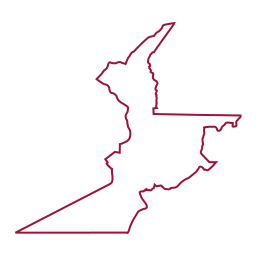 Kisumu East, Nyanza, Kenya (orthographic projection)
{"feature_id": "3690345B94932158837865", "entity_name": "Kisumu East", "entity_type": "district", "adm_level": 2, "iso_a3": "KEN", "parent_name": "Kenya", "parent_adm1": "Nyanza", "projection": "orthographic", "projection_center": [34.812, -0.082], "detail": "fine", "context": "isolated", "style": "outline", "palette": "rose", "viewbox_px": 256, "rotation_deg": 0, "n_neighbors": 0, "source": "geoboundaries", "source_scale": "gbopen_adm2", "svg_char_len": 5527}
<svg xmlns="http://www.w3.org/2000/svg" viewBox="0 0 256 256"><path d="M96.6,79.1L97.5,79.9L98.4,80.5L99.2,81.0L99.9,81.5L100.8,82.0L101.4,82.5L102.3,83.1L103.3,83.7L104.0,84.2L105.0,84.4L106.1,84.6L107.2,85.1L108.0,85.8L108.8,86.8L109.3,87.7L109.3,88.7L109.5,89.9L109.8,91.1L110.3,92.0L111.0,92.7L111.8,93.0L113.0,93.2L114.2,93.8L115.0,94.5L115.8,95.1L116.3,95.8L116.7,96.6L117.0,97.6L117.3,98.5L117.8,99.4L118.4,100.2L119.2,101.0L119.9,101.5L120.4,102.1L121.5,102.8L122.6,103.4L123.8,104.2L125.0,104.9L125.8,105.5L126.7,106.0L127.7,106.9L128.1,108.2L128.0,109.2L127.8,110.0L127.7,110.9L127.6,111.7L127.1,112.6L126.5,113.5L126.1,114.4L125.7,115.3L125.6,116.4L125.7,117.5L126.1,118.9L126.8,119.9L127.3,121.0L127.4,121.7L127.3,122.9L127.5,124.0L127.6,124.7L127.8,125.8L128.2,127.1L128.8,128.2L129.4,129.2L129.8,130.1L130.1,130.9L130.3,132.1L130.3,133.4L130.3,134.7L130.2,136.0L129.8,137.6L129.1,139.1L128.2,140.1L127.3,141.1L125.9,141.7L124.8,142.3L123.3,142.9L122.0,143.5L120.8,143.9L119.9,144.1L119.7,152.8L114.9,151.9L105.3,159.2L107.7,162.5L106.6,163.6L107.8,165.3L110.0,167.4L110.7,167.9L111.3,168.7L112.1,169.0L112.1,170.0L111.9,171.3L112.0,172.7L112.1,174.0L112.3,175.3L112.5,176.6L112.5,177.9L112.5,179.6L112.3,180.6L112.0,181.8L111.4,182.9L110.2,183.9L15.4,232.7L126.6,232.6L127.6,232.9L128.2,232.0L128.6,231.2L128.9,230.4L129.3,229.3L129.6,228.0L130.1,226.7L130.6,225.4L133.2,219.8L138.2,211.6L139.1,211.0L140.4,210.3L141.5,209.8L142.4,209.4L143.6,209.0L144.9,208.7L146.0,208.3L146.8,207.4L146.8,206.1L146.5,205.0L146.0,204.1L145.5,203.3L145.0,202.6L144.4,201.7L143.9,201.1L143.4,200.5L142.9,199.8L142.4,199.1L141.9,198.4L141.4,197.4L140.9,196.1L140.5,195.1L140.1,194.0L139.7,192.3L140.4,191.7L141.4,191.3L142.4,191.4L143.6,191.4L144.4,190.4L145.2,190.4L145.5,189.5L146.2,189.2L146.0,190.1L146.8,190.0L147.6,190.2L148.4,190.2L149.1,189.8L149.9,190.4L150.8,190.4L151.8,189.7L152.3,188.8L153.1,188.5L153.9,187.9L154.0,186.7L154.6,185.5L154.7,184.7L155.3,185.2L155.9,186.0L157.0,186.3L158.2,185.9L159.2,185.8L160.1,185.6L160.9,185.5L161.6,185.8L162.3,186.8L163.2,187.5L164.0,188.3L164.7,188.9L165.6,189.0L166.6,189.2L167.5,189.2L168.4,189.4L169.2,189.2L169.9,189.0L170.6,188.1L171.7,187.9L172.8,187.8L174.0,187.7L174.8,187.6L175.7,187.3L176.8,186.8L177.7,186.0L178.6,185.1L179.5,184.1L180.5,183.0L181.5,182.1L182.9,181.0L184.2,180.1L185.8,179.2L187.5,178.4L188.4,178.0L189.3,177.4L190.1,176.8L190.9,176.2L191.8,175.4L192.7,174.7L193.3,174.2L193.9,173.7L194.7,173.0L195.9,172.1L196.6,171.2L197.1,170.6L197.6,169.8L198.1,169.2L198.7,168.2L199.2,167.2L200.0,166.7L200.8,166.7L201.5,166.9L202.5,167.6L203.4,168.4L203.7,169.2L204.3,169.7L205.4,169.6L206.3,170.0L207.1,170.3L208.3,170.0L212.6,166.1L216.1,162.2L209.4,162.2L201.2,153.6L200.8,152.5L200.9,151.7L201.3,150.5L201.8,149.5L201.9,148.7L202.2,147.4L202.2,146.0L202.6,145.1L203.1,144.5L203.0,143.6L202.7,142.5L202.6,141.1L202.5,139.8L202.6,138.7L202.9,137.9L203.2,137.1L203.4,135.9L203.8,135.0L204.3,134.1L204.3,133.2L204.3,132.2L204.0,131.2L204.0,130.0L204.3,128.6L204.0,127.6L205.3,127.1L206.5,127.1L207.5,127.0L208.5,126.8L209.3,126.7L210.2,126.7L211.4,126.8L213.8,126.7L214.7,126.7L215.5,127.0L216.3,127.8L216.9,128.7L217.1,129.7L217.7,130.6L218.4,130.8L219.3,130.8L220.4,130.1L221.1,129.1L221.5,128.2L221.8,127.3L222.3,126.5L222.9,126.1L223.5,125.6L224.4,124.9L225.1,123.9L225.6,123.2L226.3,122.8L227.3,122.5L228.3,122.6L229.2,122.7L232.7,123.0L232.7,124.5L232.6,126.4L233.4,126.7L234.2,126.6L235.0,126.5L236.2,126.0L236.5,125.1L236.4,124.0L236.2,122.5L236.4,121.4L236.8,120.7L237.6,120.0L238.2,119.4L238.7,118.7L240.0,117.5L240.6,116.6L240.5,115.5L221.4,115.2L199.0,114.9L158.0,114.1L153.6,114.0L153.4,108.4L156.9,108.0L156.5,107.3L156.1,106.6L156.3,105.0L156.7,103.9L156.3,103.2L156.7,102.1L156.3,101.0L156.5,100.0L156.5,99.0L156.7,98.2L156.7,97.4L156.3,96.7L156.5,95.9L156.6,95.1L155.9,94.6L155.8,93.5L156.2,92.4L156.6,91.5L156.8,90.5L155.6,89.7L155.4,88.3L156.0,87.1L156.2,85.9L157.0,84.7L157.5,83.5L157.3,82.5L156.7,81.4L155.7,80.7L154.6,80.2L153.9,79.6L153.5,78.9L152.9,78.3L152.8,77.2L153.1,76.1L152.9,75.1L153.4,74.2L152.9,73.1L151.7,72.7L150.6,71.9L150.9,70.4L150.3,69.2L149.4,68.4L149.4,67.6L149.1,66.7L149.9,66.3L150.0,65.4L149.9,64.6L149.6,63.8L148.8,63.4L148.1,62.5L147.9,61.6L148.3,60.9L148.1,60.0L148.4,59.0L148.7,58.0L149.5,56.8L150.0,55.7L150.4,54.6L151.4,53.8L152.0,52.9L152.6,52.3L153.8,52.4L156.6,48.3L157.1,47.5L157.6,46.8L159.1,44.9L159.7,44.0L160.2,43.3L161.0,42.0L163.1,39.1L165.0,36.5L165.6,35.7L166.1,35.0L168.1,32.2L168.8,31.2L169.5,30.2L170.7,28.6L171.3,27.8L173.0,25.4L173.9,24.0L174.2,23.1L172.8,23.3L170.8,23.6L169.5,23.8L168.4,24.0L166.8,24.3L165.0,24.7L164.1,25.0L162.8,25.6L162.4,26.7L162.0,27.9L161.4,28.7L160.9,29.3L160.4,29.9L159.7,30.5L159.0,31.3L158.1,31.8L157.2,32.2L156.3,33.0L155.7,33.7L155.0,34.5L154.4,35.2L154.1,35.9L151.3,36.5L150.3,36.7L149.3,37.1L148.1,37.7L147.3,38.4L146.6,38.9L145.9,39.5L144.8,40.6L143.4,41.9L142.6,42.6L141.4,43.8L140.5,44.7L139.9,45.3L139.0,46.2L137.5,47.6L134.0,51.5L132.6,52.0L131.7,52.7L130.9,53.5L130.4,54.6L129.9,55.4L129.5,56.2L128.8,57.0L128.1,58.0L127.6,59.0L127.3,59.7L126.9,60.6L126.4,61.7L126.0,62.9L125.5,64.0L124.7,63.6L123.9,63.4L123.1,63.2L122.2,63.0L120.7,62.2L119.8,61.9L119.0,62.2L117.8,62.3L116.7,62.9L115.7,63.3L114.7,63.2L113.8,63.3L112.5,63.1L111.3,62.9L110.3,62.4L109.4,62.4L108.7,63.2L108.2,64.4L108.0,65.1L107.8,65.9L107.5,66.7L107.1,67.5L106.7,68.5L105.7,69.2L104.9,69.9L104.2,70.3L103.7,70.9L101.5,74.0L96.6,79.1Z" fill="none" stroke="#9f1239" stroke-width="2"/></svg>